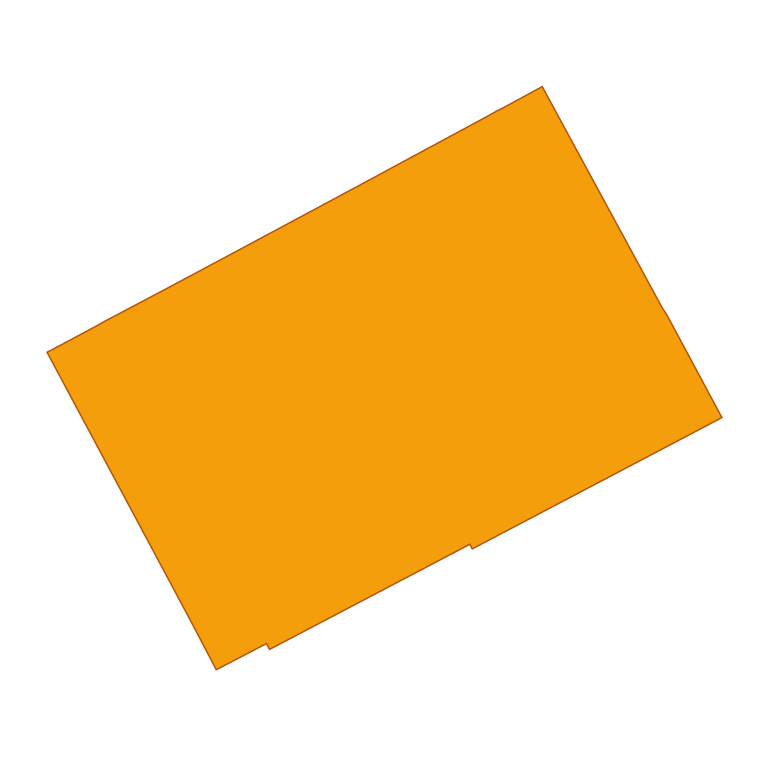 the district of Yuma, Colorado, United States of America, rotated 242°
{"feature_id": "52423323B35350044655158", "entity_name": "Yuma", "entity_type": "district", "adm_level": 2, "iso_a3": "USA", "parent_name": "United States of America", "parent_adm1": "Colorado", "projection": "orthographic", "projection_center": [-102.254, 40.004], "detail": "fine", "context": "isolated", "style": "filled", "palette": "amber", "viewbox_px": 768, "rotation_deg": 242, "n_neighbors": 0, "source": "geoboundaries", "source_scale": "gbopen_adm2", "svg_char_len": 531}
<svg xmlns="http://www.w3.org/2000/svg" viewBox="0 0 768 768"><g transform="rotate(242 384 384)"><path d="M570.2,101.4L267.4,102.1L210.5,101.8L210.0,158.4L203.4,158.3L202.2,384.6L197.0,384.5L195.7,666.6L311.7,666.2L321.2,665.4L572.3,663.3L572.2,651.4L571.9,616.6L572.1,611.5L571.8,597.4L571.3,504.4L571.2,495.1L571.2,488.5L571.1,484.4L570.7,384.9L570.4,290.7L570.4,281.4L570.3,238.2L570.3,234.2L570.5,167.4L570.3,160.3L570.2,153.3L570.2,131.9L570.1,129.7L570.2,101.4Z" fill="#f59e0b" stroke="#b45309" stroke-width="1.5"/></g></svg>